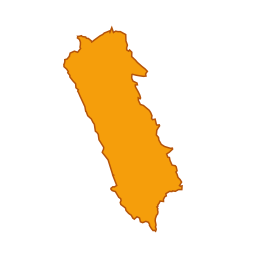 Bayamón, Puerto Rico, rotated 333°
{"feature_id": "32010507B22305202508705", "entity_name": "Bayamón", "entity_type": "district", "adm_level": 2, "iso_a3": "PRI", "parent_name": "Puerto Rico", "parent_adm1": "", "projection": "equal_earth", "projection_center": [-66.167, 18.345], "detail": "fine", "context": "isolated", "style": "filled", "palette": "amber", "viewbox_px": 256, "rotation_deg": 333, "n_neighbors": 0, "source": "geoboundaries", "source_scale": "gbopen_adm2", "svg_char_len": 2674}
<svg xmlns="http://www.w3.org/2000/svg" viewBox="0 0 256 256"><g transform="rotate(333 128 128)"><path d="M93.0,163.1L91.9,174.1L89.0,174.3L87.9,173.5L85.4,174.0L85.0,174.9L85.5,176.6L87.1,178.2L87.9,178.9L88.3,185.5L89.4,187.6L88.9,189.5L87.3,190.8L86.9,192.9L88.6,196.4L89.4,198.1L88.8,200.6L89.8,204.4L91.3,207.2L91.4,210.6L91.7,210.9L92.2,212.1L95.7,211.2L97.4,213.4L96.5,217.2L98.1,219.0L101.5,219.3L103.3,221.2L103.5,223.4L102.9,224.5L103.2,228.4L103.8,230.8L105.1,231.2L105.7,232.5L107.0,231.3L107.4,230.2L107.5,228.7L108.9,227.2L110.1,223.0L111.4,221.0L113.7,218.8L115.4,218.0L116.6,216.4L117.1,214.4L118.0,213.4L117.9,211.4L119.1,211.3L119.5,210.2L121.9,208.9L123.4,207.7L126.3,209.6L127.3,207.5L129.7,205.9L131.3,205.9L131.9,203.7L136.2,203.3L138.3,204.6L139.1,204.3L141.5,205.9L145.0,205.8L148.0,207.3L149.9,204.1L148.3,203.7L147.7,202.7L151.2,200.5L151.0,197.7L150.1,194.7L150.7,191.5L150.7,189.0L152.3,188.4L153.1,185.3L153.3,184.5L152.9,183.0L151.3,181.8L150.4,180.9L150.7,175.8L151.5,173.1L150.2,172.0L150.6,168.7L153.9,168.3L158.1,167.1L158.4,166.1L156.5,165.3L152.2,161.1L151.0,159.1L150.2,157.7L150.0,152.9L150.9,150.2L150.1,147.1L152.0,144.1L152.6,143.1L154.6,141.8L157.1,140.4L157.3,139.4L155.1,138.6L155.0,137.3L156.2,132.4L153.6,131.7L153.4,130.1L154.9,128.0L155.2,124.4L154.9,121.8L152.0,115.0L149.7,112.6L149.7,111.6L149.8,108.2L150.8,105.8L152.1,107.5L152.8,107.0L153.4,104.1L153.5,100.5L153.3,94.7L154.0,93.0L156.0,93.8L156.4,92.0L153.8,88.6L153.8,86.0L154.2,84.7L155.8,82.1L156.3,82.1L159.4,84.8L162.8,87.3L165.4,89.1L167.6,89.9L168.3,87.7L171.0,86.3L170.0,83.0L168.4,79.6L166.1,73.8L165.4,70.8L164.8,69.2L164.3,67.7L163.7,66.1L165.8,62.2L164.8,59.2L163.5,59.8L162.3,57.8L163.2,55.9L165.1,53.9L165.7,49.4L168.4,43.7L164.9,38.6L162.8,37.6L161.0,36.1L158.4,36.3L159.1,31.2L155.4,34.4L155.5,33.1L150.9,32.7L150.0,32.6L147.9,33.2L145.0,33.2L137.5,34.4L135.7,34.8L134.7,34.9L134.8,33.6L133.3,30.2L131.7,29.2L131.6,27.7L128.8,25.8L128.4,24.6L125.9,24.1L124.8,23.5L124.8,23.8L123.8,24.8L124.9,27.0L124.6,29.9L123.3,32.3L121.9,34.2L121.9,35.0L121.9,35.6L117.5,37.7L115.1,35.2L110.5,35.0L108.5,37.2L108.5,37.4L105.5,38.7L105.1,38.9L102.7,38.4L102.0,39.9L100.5,41.8L99.8,42.1L98.8,44.3L100.1,47.7L100.4,50.6L99.4,51.4L100.1,54.6L99.4,56.2L100.3,61.0L101.4,64.8L99.9,68.5L101.1,71.4L99.9,72.3L100.0,74.1L99.7,78.2L99.7,78.9L99.3,89.4L97.9,93.9L98.2,94.4L98.1,95.2L97.7,98.8L98.9,102.0L99.4,103.2L99.4,107.0L99.7,109.4L97.7,115.4L97.5,116.1L97.5,116.3L98.2,117.4L98.6,120.1L96.8,125.3L97.6,134.1L96.5,135.9L95.5,136.6L94.0,138.0L95.5,145.8L95.8,147.3L95.0,152.1L93.2,162.5L93.6,163.2L93.0,163.1Z" fill="#f59e0b" stroke="#b45309" stroke-width="1.5"/></g></svg>